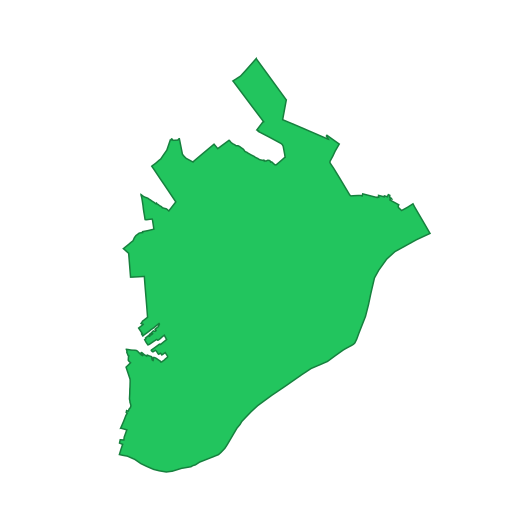 the district of Topalu, Constanta, Romania, rotated 258°
{"feature_id": "2599482B85456823003840", "entity_name": "Topalu", "entity_type": "district", "adm_level": 2, "iso_a3": "ROU", "parent_name": "Romania", "parent_adm1": "Constanta", "projection": "natural_earth1", "projection_center": [28.102, 44.537], "detail": "fine", "context": "isolated", "style": "filled", "palette": "green", "viewbox_px": 512, "rotation_deg": 258, "n_neighbors": 0, "source": "geoboundaries", "source_scale": "gbopen_adm2", "svg_char_len": 5874}
<svg xmlns="http://www.w3.org/2000/svg" viewBox="0 0 512 512"><g transform="rotate(258 256 256)"><path d="M241.9,430.9L254.5,426.8L263.5,423.8L271.1,421.3L274.4,420.4L272.2,414.5L270.2,407.9L273.8,405.4L275.2,405.4L276.4,406.3L283.0,398.6L284.1,399.2L283.6,400.6L284.4,400.3L285.4,398.9L287.5,399.5L288.5,398.2L286.6,396.8L288.1,394.1L287.2,393.7L289.8,388.5L287.9,388.2L288.4,386.8L288.0,386.6L294.6,373.3L292.9,372.4L292.7,372.3L293.2,371.4L293.5,370.7L294.0,368.2L294.6,364.5L295.0,361.5L295.5,360.8L296.7,360.2L314.0,354.3L325.6,350.2L330.8,348.1L332.3,347.7L333.5,348.3L337.7,351.9L342.1,355.2L348.2,360.7L359.3,350.5L358.7,349.8L356.9,350.5L355.5,351.0L355.1,351.1L355.2,350.9L365.3,336.7L375.1,322.9L383.0,311.5L383.8,310.4L402.4,318.1L402.5,318.0L428.5,306.4L448.8,297.3L449.1,297.3L439.4,284.2L435.2,278.3L432.0,269.8L431.7,270.0L404.9,282.4L385.9,291.3L385.7,291.4L385.5,290.4L379.1,283.0L377.9,284.5L377.4,284.1L369.6,293.6L361.1,303.6L360.0,304.6L359.1,305.0L358.1,305.3L357.4,305.4L353.6,305.3L349.6,305.2L346.5,305.0L346.5,304.7L342.9,298.3L341.1,294.9L341.0,294.2L341.1,293.9L341.3,293.4L344.4,291.2L344.8,290.9L344.8,289.8L345.3,289.8L346.1,289.5L346.5,289.2L346.7,288.8L347.1,287.8L347.2,287.5L347.1,286.7L346.8,285.8L346.8,285.3L347.3,284.5L348.0,283.8L347.6,283.6L347.8,283.5L348.5,281.7L349.2,280.1L350.1,278.8L351.2,277.9L351.6,277.1L351.9,276.8L353.0,275.5L353.7,275.0L356.1,272.0L357.9,270.0L358.8,269.0L359.4,268.6L359.9,267.7L360.5,267.0L360.7,266.8L361.7,266.5L362.9,265.9L363.6,265.4L364.3,264.7L364.9,264.1L366.2,263.0L366.6,262.6L367.6,261.3L367.9,259.8L368.1,259.2L369.1,258.5L369.6,257.9L370.2,257.0L370.8,256.5L371.8,255.5L372.5,255.0L373.7,254.5L374.8,253.7L369.0,240.9L374.1,238.2L367.5,225.7L361.5,214.5L361.4,214.2L361.0,213.9L366.1,207.9L368.6,206.3L370.8,205.2L386.6,205.4L386.6,204.8L385.6,203.6L386.4,198.8L387.7,198.3L388.1,197.9L387.9,197.5L387.0,196.9L387.3,196.3L378.1,190.8L373.7,186.1L370.8,183.1L370.6,182.9L369.9,181.3L367.7,177.4L366.6,175.1L365.9,173.4L365.5,172.7L361.9,174.2L349.9,179.0L342.6,182.0L325.6,188.8L318.2,180.1L319.8,178.9L320.7,178.2L321.4,176.9L321.6,176.4L322.5,174.8L322.6,174.4L323.0,174.2L323.8,173.9L325.4,172.0L326.7,171.0L327.0,170.5L327.2,170.2L328.4,169.7L327.9,169.0L328.0,168.7L328.8,168.1L329.1,168.0L331.0,166.0L331.6,165.4L332.9,164.3L333.3,163.7L334.1,163.0L334.8,162.4L335.2,162.0L335.3,161.7L336.0,160.7L336.7,159.5L337.5,158.5L337.9,158.1L338.6,157.5L339.1,157.0L339.5,156.8L340.0,156.3L339.5,156.2L339.2,156.3L337.8,156.3L336.9,156.4L329.4,156.0L325.2,155.6L321.4,155.4L318.8,155.3L315.2,155.1L314.7,155.1L314.4,155.7L314.2,156.8L314.0,159.8L313.8,161.5L313.6,162.2L311.9,162.2L303.5,161.7L303.3,155.7L303.4,150.1L302.5,150.0L302.7,147.2L302.6,146.5L302.5,146.0L301.9,144.9L301.0,142.9L299.8,141.5L298.9,140.6L297.7,139.8L297.2,139.4L296.4,138.8L295.4,136.7L293.2,132.6L290.8,127.8L285.1,132.0L261.4,128.9L261.1,130.5L259.2,142.5L248.7,141.1L229.9,138.7L218.6,137.2L215.8,131.3L215.1,130.9L213.9,129.5L213.0,130.5L212.8,131.4L212.6,131.5L212.0,130.5L209.9,126.2L203.8,128.6L203.5,127.9L201.3,128.7L202.1,130.1L202.7,131.5L204.2,134.9L205.1,136.7L205.9,138.2L206.4,139.5L207.1,141.1L210.2,147.1L209.9,147.3L209.5,147.4L208.9,147.1L208.6,146.8L208.2,146.2L207.7,146.1L207.3,145.9L206.3,143.9L205.4,142.2L205.1,142.0L204.9,142.1L204.0,142.8L203.6,142.4L203.4,142.1L203.3,141.6L203.5,140.9L204.1,140.0L202.6,137.7L201.4,138.7L200.7,137.5L200.9,137.4L201.9,136.3L201.2,135.4L200.5,135.8L200.0,135.9L199.6,135.3L199.5,134.7L200.4,134.1L198.8,130.9L197.9,131.1L197.3,129.7L194.3,130.6L191.5,131.8L191.6,132.7L191.9,133.7L193.9,138.5L194.6,140.4L195.0,141.2L194.9,141.6L194.1,142.3L194.1,142.6L194.1,143.0L195.2,145.4L196.1,146.8L197.6,149.8L192.9,151.2L189.3,144.2L189.3,143.9L189.8,143.7L189.8,143.1L189.0,141.4L187.1,137.2L185.8,134.1L185.5,133.9L185.1,134.0L184.1,134.7L183.8,135.0L183.7,135.3L183.8,135.8L184.7,138.0L184.3,138.3L183.4,138.9L181.8,139.5L180.8,139.9L180.4,140.1L180.1,140.4L180.8,142.4L180.7,142.5L180.0,142.8L178.8,143.3L179.4,144.9L180.4,147.1L176.4,148.7L175.4,148.4L175.1,147.9L174.2,146.0L173.8,145.4L173.6,145.2L173.1,144.3L172.7,143.2L172.4,142.5L172.0,141.8L171.9,141.0L172.1,140.8L172.5,140.8L172.9,140.7L174.8,138.8L176.5,137.3L177.0,136.7L177.8,135.5L178.0,134.9L178.1,134.4L175.5,133.9L175.1,133.7L175.2,133.4L175.6,133.0L176.1,132.9L177.2,132.8L178.9,132.9L179.3,132.8L179.6,132.4L180.3,131.0L181.7,129.1L181.7,128.9L180.7,128.3L182.7,126.2L185.3,124.2L185.4,123.7L185.2,123.4L184.9,123.2L184.5,123.4L182.6,124.9L182.1,124.4L182.7,123.6L183.8,122.7L187.5,120.3L188.1,119.8L188.4,119.4L188.7,118.9L189.0,117.9L189.8,114.8L190.2,113.7L191.1,111.5L191.7,109.8L191.4,109.7L190.9,110.0L189.5,109.9L188.9,109.7L188.4,109.6L188.0,109.7L187.1,109.9L185.2,110.2L184.7,110.8L183.9,110.3L180.7,109.4L180.2,109.5L179.4,109.9L177.6,111.1L174.3,105.8L174.2,105.8L162.6,107.1L161.8,107.2L161.1,107.1L159.8,106.9L154.0,105.5L151.9,104.9L147.7,103.9L142.8,102.6L142.1,102.5L141.1,102.5L140.0,102.5L139.4,102.3L137.4,102.5L135.4,102.5L135.1,102.3L133.8,101.6L132.9,100.3L132.7,100.1L130.8,98.8L131.7,97.3L129.9,96.5L129.0,97.4L127.1,95.6L121.9,92.2L115.7,87.8L115.7,88.0L112.8,93.5L106.2,89.4L103.5,88.5L104.5,85.0L101.4,83.6L99.5,86.4L94.9,83.7L90.2,81.1L88.8,84.1L87.0,88.5L82.2,95.2L76.9,100.2L73.1,105.1L68.6,111.4L66.0,116.7L63.4,123.3L62.9,129.4L63.8,139.3L63.7,140.7L63.4,148.6L64.1,150.6L64.3,153.3L66.3,158.5L66.2,158.6L69.5,178.0L71.1,180.8L74.3,185.5L77.5,188.7L91.6,201.6L94.5,205.3L97.1,207.7L100.4,212.5L104.8,219.0L109.3,226.6L116.4,242.3L122.3,256.9L130.5,276.3L134.5,286.5L138.0,304.0L142.0,312.8L146.0,322.0L146.9,324.8L149.0,332.0L149.4,332.9L149.4,333.0L150.4,334.6L153.7,337.2L159.3,340.7L174.1,350.5L185.0,355.9L195.4,360.5L209.9,367.3L216.7,373.2L225.8,383.2L231.4,392.8L238.6,416.5L241.9,430.9Z" fill="#22c55e" stroke="#15803d" stroke-width="1.5"/></g></svg>